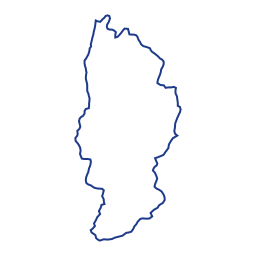 outline of Brazópolis, Minas Gerais, Brazil
{"feature_id": "56859067B60324732973006", "entity_name": "Brazópolis", "entity_type": "district", "adm_level": 2, "iso_a3": "BRA", "parent_name": "Brazil", "parent_adm1": "Minas Gerais", "projection": "albers", "projection_center": [-45.631, -22.49], "detail": "fine", "context": "isolated", "style": "outline", "palette": "blue", "viewbox_px": 256, "rotation_deg": 0, "n_neighbors": 0, "source": "geoboundaries", "source_scale": "gbopen_adm2", "svg_char_len": 2644}
<svg xmlns="http://www.w3.org/2000/svg" viewBox="0 0 256 256"><path d="M176.2,120.8L177.3,117.9L178.7,114.8L180.0,112.1L180.6,109.5L179.9,106.9L177.8,105.9L177.8,102.9L177.4,99.8L176.9,96.3L175.5,93.2L175.5,90.3L175.9,87.9L173.9,86.9L171.2,87.4L168.5,87.4L165.6,87.8L163.8,85.3L160.5,85.0L157.4,83.1L157.7,80.7L158.3,78.7L159.1,76.8L160.2,74.1L160.9,71.6L161.2,69.3L162.6,67.0L163.7,64.1L163.6,61.4L162.1,59.6L159.9,58.4L158.2,56.5L156.1,54.7L154.4,53.4L152.3,52.0L150.9,50.5L150.0,48.3L147.2,47.2L143.3,46.1L141.1,44.3L140.1,42.1L138.4,39.6L137.5,36.9L136.2,35.3L133.9,34.6L131.4,34.6L129.4,34.3L128.8,31.9L128.0,28.9L124.5,28.6L122.7,30.8L121.0,33.1L119.6,34.7L117.6,36.8L115.3,37.5L115.3,34.6L115.9,32.2L114.2,30.6L112.1,29.6L109.8,29.6L107.6,28.8L106.8,26.8L107.1,24.7L108.6,22.2L110.0,18.5L109.3,16.0L107.6,15.4L105.6,16.0L104.4,17.7L102.6,19.2L100.3,21.8L97.9,21.4L95.8,20.5L95.4,23.7L95.0,26.6L94.4,29.4L93.7,31.9L93.4,34.4L92.7,36.5L92.1,39.0L91.4,42.0L90.8,44.1L91.1,46.4L89.7,48.4L89.3,51.5L88.2,54.8L87.1,56.6L86.0,58.7L84.6,60.4L84.5,63.1L85.0,66.0L85.7,67.9L86.0,70.3L86.5,72.4L86.0,75.3L85.8,78.5L86.4,81.0L87.2,84.5L87.2,87.3L87.2,89.6L87.4,91.6L88.4,93.6L88.8,95.9L89.5,97.8L89.5,100.2L89.1,103.3L89.1,105.6L88.8,108.2L85.8,109.0L84.6,111.0L84.5,113.7L83.0,115.9L81.0,117.1L79.7,118.5L79.0,121.2L79.7,124.1L80.3,126.7L79.4,128.9L77.3,130.9L77.7,133.6L77.3,135.6L75.4,138.0L75.6,140.9L77.7,143.3L78.9,145.1L80.2,147.8L80.6,150.8L80.0,153.9L81.0,156.5L81.8,158.6L84.3,159.0L87.7,159.0L90.4,159.5L90.9,161.6L90.5,164.1L90.0,166.2L89.0,168.4L88.3,172.0L87.0,175.0L86.1,177.5L85.8,180.3L86.4,183.1L88.3,184.5L90.7,185.3L94.2,187.7L97.4,188.5L102.1,188.8L103.8,190.3L102.2,196.3L103.7,199.2L103.9,201.9L104.5,204.0L101.5,204.9L100.8,207.6L98.9,211.1L100.1,214.0L97.1,217.4L96.1,219.8L94.0,223.5L94.9,226.1L92.4,228.9L90.7,230.1L91.6,232.5L95.4,235.1L96.1,238.1L98.0,239.7L99.9,240.6L103.7,239.3L107.7,239.6L112.0,239.0L115.0,237.6L122.5,235.7L126.3,232.8L128.7,232.5L131.2,231.7L133.0,229.4L134.5,226.2L136.2,224.4L137.8,221.6L140.2,219.0L142.3,218.4L147.0,218.7L149.5,218.5L152.2,216.4L150.6,212.9L153.9,209.8L157.5,207.8L159.1,205.3L160.8,204.1L162.7,203.1L164.7,200.0L164.5,197.0L163.5,194.4L161.6,191.5L159.2,189.8L156.4,188.5L154.5,186.7L155.2,183.7L156.3,181.2L157.2,178.5L156.2,175.6L155.0,172.8L152.9,170.5L153.6,168.4L154.8,166.7L156.7,165.4L157.3,163.5L156.2,161.0L155.1,158.2L158.5,157.0L161.2,155.9L163.6,154.8L165.2,152.3L166.9,150.1L168.4,148.0L168.9,144.5L170.9,141.0L172.8,138.3L175.1,136.9L177.3,135.6L175.1,133.8L174.3,131.1L174.9,127.7L175.2,123.6L176.2,120.8Z" fill="none" stroke="#1e3a8a" stroke-width="2"/></svg>